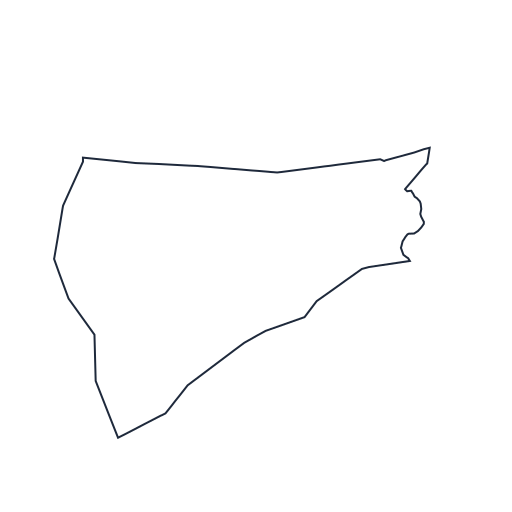 outline of Mashr'ah Wa Hadnan, Ta`izz, Yemen, rotated 75°
{"feature_id": "15242507B63057438613217", "entity_name": "Mashr'ah Wa Hadnan", "entity_type": "district", "adm_level": 2, "iso_a3": "YEM", "parent_name": "Yemen", "parent_adm1": "Ta`izz", "projection": "orthographic", "projection_center": [43.997, 13.541], "detail": "fine", "context": "isolated", "style": "outline", "palette": "slate", "viewbox_px": 512, "rotation_deg": 75, "n_neighbors": 0, "source": "geoboundaries", "source_scale": "gbopen_adm2", "svg_char_len": 1486}
<svg xmlns="http://www.w3.org/2000/svg" viewBox="0 0 512 512"><g transform="rotate(75 256 256)"><path d="M300.6,108.7L297.5,109.6L296.2,110.8L293.0,113.3L285.6,113.9L284.5,113.2L279.8,110.6L278.8,109.5L278.3,108.9L276.3,106.8L274.3,104.1L274.0,102.7L275.2,97.5L273.8,93.1L271.1,88.8L270.8,88.5L270.0,87.5L268.4,85.6L267.6,85.4L266.5,85.0L264.9,85.4L260.8,86.3L258.5,86.4L257.9,86.4L253.4,84.2L248.1,83.4L245.7,83.6L241.8,85.6L239.8,87.4L238.9,87.6L236.1,88.2L235.0,88.7L233.2,89.1L232.9,90.4L232.6,93.2L230.9,94.3L230.0,94.7L229.6,94.2L221.8,82.8L215.5,73.8L211.5,67.8L211.0,66.7L210.3,66.4L201.2,62.3L196.4,60.2L196.3,66.3L197.0,76.4L197.1,105.7L197.4,107.7L194.7,111.0L191.3,136.1L190.2,144.4L189.1,152.3L188.0,161.3L187.2,166.5L186.1,175.1L181.4,210.0L181.1,211.8L181.0,212.7L180.8,213.9L180.4,215.1L179.5,217.6L178.9,219.4L177.6,222.9L174.5,231.5L172.3,237.9L166.9,252.8L165.9,255.8L157.9,277.9L155.0,286.2L154.3,288.1L153.8,289.5L151.4,297.2L141.9,326.3L135.1,348.1L129.5,362.6L116.2,397.7L120.1,398.7L144.2,418.5L157.4,429.3L159.7,430.4L188.0,443.2L205.8,451.4L206.5,451.8L221.3,450.6L248.6,448.1L290.2,432.4L335.2,443.2L369.9,439.3L395.8,436.3L394.2,428.5L390.1,410.0L389.4,406.9L385.5,389.1L385.5,388.5L384.6,384.2L379.0,376.6L375.1,371.5L371.0,365.9L363.2,355.5L341.3,301.2L336.8,289.8L333.0,275.1L330.8,266.0L327.6,224.9L315.3,209.1L312.2,200.7L307.6,188.3L302.6,175.1L296.2,157.8L295.9,157.1L295.9,149.7L300.6,108.7Z" fill="none" stroke="#1e293b" stroke-width="2"/></g></svg>